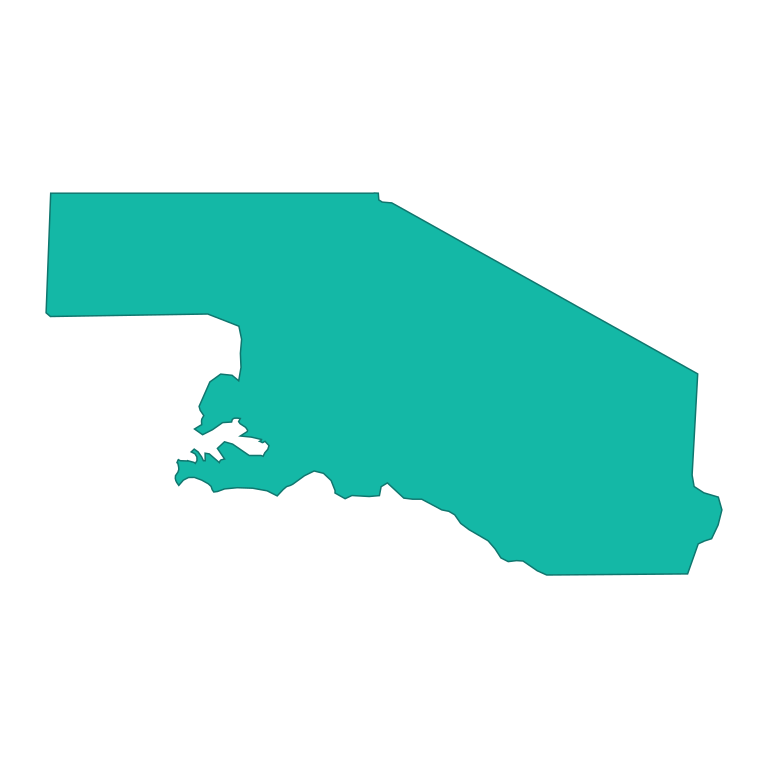 the border of Mara
{"feature_id": "TZA-3394", "entity_name": "Mara", "entity_type": "Region", "adm_level": 1, "iso_a3": "TZA", "parent_name": "United Republic of Tanzania", "parent_adm1": "", "projection": "orthographic", "projection_center": [33.712, -1.747], "detail": "fine", "context": "isolated", "style": "filled", "palette": "teal", "viewbox_px": 768, "rotation_deg": 0, "n_neighbors": 0, "source": "natural_earth", "source_scale": "10m", "svg_char_len": 2166}
<svg xmlns="http://www.w3.org/2000/svg" viewBox="0 0 768 768"><path d="M374.3,193.0L378.3,193.2L378.8,199.9L382.3,202.1L391.8,202.9L411.0,213.6L466.0,244.4L521.1,275.1L562.6,298.3L576.1,305.9L631.1,336.6L686.1,367.4L697.7,373.9L697.7,374.0L692.1,475.0L694.1,486.5L703.8,492.8L718.3,497.1L721.9,509.9L718.1,525.0L711.6,538.7L704.4,541.0L698.2,543.9L687.6,573.9L546.7,575.0L537.3,570.8L523.0,561.0L516.5,560.6L508.2,561.6L500.9,557.9L495.1,548.9L488.0,540.7L469.1,529.7L460.7,523.4L454.7,514.8L448.8,511.3L441.8,509.9L421.7,499.2L412.7,499.2L403.8,498.1L387.4,482.9L381.1,486.7L379.4,495.6L369.2,496.5L351.9,495.5L345.1,498.7L335.0,493.0L335.1,490.6L331.1,480.5L323.5,473.3L314.1,471.0L304.5,475.7L292.8,484.2L290.4,485.4L286.6,486.6L283.2,489.5L277.2,495.9L267.1,490.8L252.6,488.2L237.2,487.7L224.6,488.9L217.5,491.5L213.8,492.0L212.2,489.7L211.1,486.4L208.3,483.8L201.7,480.1L194.4,477.4L188.5,477.5L183.4,480.1L178.8,485.4L176.7,482.4L175.8,480.5L175.3,478.4L175.5,475.7L177.9,472.2L178.8,469.5L178.7,467.5L178.2,464.8L177.6,462.7L177.0,462.6L178.1,459.9L178.7,459.6L179.3,460.4L180.5,460.7L187.7,461.0L187.7,460.7L194.0,462.4L195.3,463.4L197.0,460.6L196.9,457.0L195.0,453.8L191.2,451.9L194.2,449.1L198.1,451.9L201.6,456.9L203.4,460.7L205.2,460.7L205.1,453.2L209.3,453.9L219.3,462.6L220.1,460.8L221.0,459.9L224.6,459.0L217.4,448.4L224.5,441.8L232.6,444.1L249.2,455.5L261.1,455.5L263.1,456.3L264.8,452.8L267.8,449.3L269.0,445.6L265.0,441.3L262.9,442.5L262.2,442.6L261.5,442.1L259.6,441.3L260.6,440.8L260.9,440.8L261.0,440.6L261.5,439.5L251.3,437.1L240.3,436.0L247.2,431.6L247.6,430.2L245.6,427.3L240.1,423.7L238.6,421.6L240.3,418.5L237.1,418.1L234.2,418.2L232.3,419.4L231.6,422.0L222.6,422.6L212.5,429.7L202.6,434.7L194.5,429.0L200.7,425.2L201.7,424.7L201.5,421.0L201.8,419.1L203.8,415.6L200.2,410.3L199.1,406.4L209.9,381.9L220.7,374.1L232.1,375.3L238.7,380.8L241.0,367.5L240.4,353.3L241.6,339.3L238.9,326.2L207.7,314.0L50.4,316.5L46.1,312.8L50.7,193.2L51.2,193.2L82.8,193.2L98.1,193.2L145.0,193.2L192.0,193.2L231.3,193.2L238.9,193.2L283.9,193.2L285.8,193.2L332.7,193.2L353.8,193.2L373.3,193.2L374.3,193.0Z" fill="#14b8a6" stroke="#0f766e" stroke-width="1.5"/></svg>